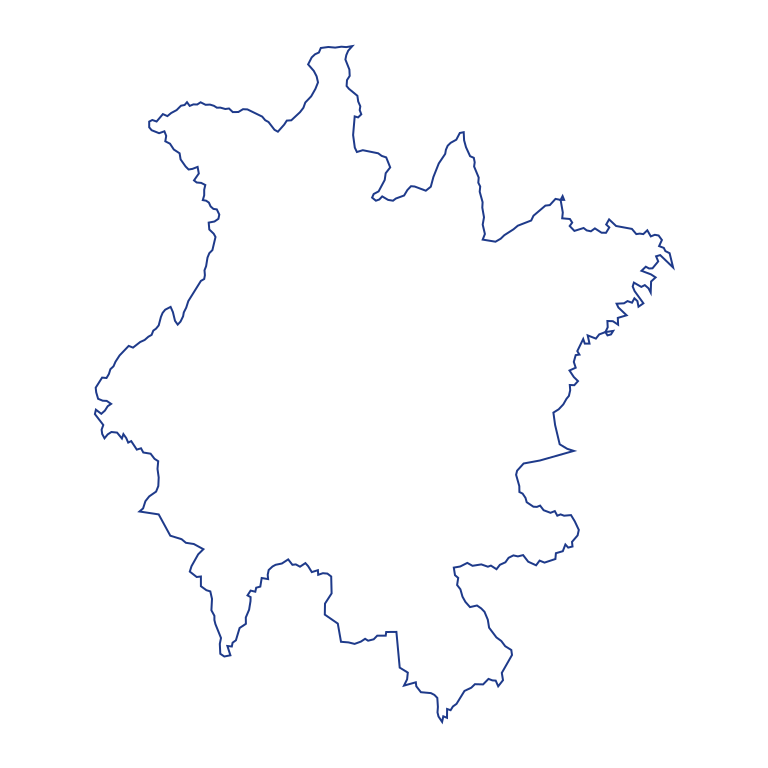 Palmeira das Missões, Rio Grande do Sul, Brazil
{"feature_id": "56859067B60878919931916", "entity_name": "Palmeira das Missões", "entity_type": "district", "adm_level": 2, "iso_a3": "BRA", "parent_name": "Brazil", "parent_adm1": "Rio Grande do Sul", "projection": "natural_earth1", "projection_center": [-53.372, -27.944], "detail": "fine", "context": "isolated", "style": "outline", "palette": "blue", "viewbox_px": 768, "rotation_deg": 0, "n_neighbors": 0, "source": "geoboundaries", "source_scale": "gbopen_adm2", "svg_char_len": 6099}
<svg xmlns="http://www.w3.org/2000/svg" viewBox="0 0 768 768"><path d="M352.3,46.1L346.3,47.1L341.4,46.7L335.2,47.6L328.3,47.0L320.8,48.0L318.9,52.5L315.0,54.3L311.7,57.4L308.1,64.4L313.8,70.9L316.6,76.3L318.0,82.4L315.4,88.9L311.2,96.3L305.3,102.5L303.4,107.8L300.0,112.2L291.3,120.3L286.8,120.6L284.2,124.6L277.9,131.7L274.5,129.8L268.5,122.0L265.2,120.2L262.2,116.6L247.4,109.4L243.0,109.2L238.4,112.0L232.8,112.1L229.0,108.5L225.3,109.0L220.3,107.6L216.9,107.7L213.9,105.8L210.0,104.6L205.6,104.8L200.6,102.3L197.2,104.5L193.4,104.4L189.7,105.9L187.0,102.2L184.6,105.0L181.0,105.7L176.6,110.1L171.2,113.0L167.4,116.1L162.9,114.1L156.6,121.5L152.3,120.0L149.2,121.6L149.2,127.3L151.6,130.2L159.1,133.2L164.4,131.3L166.2,135.9L165.3,141.3L170.0,143.7L173.8,149.5L179.6,153.3L180.6,159.4L185.6,166.5L188.6,169.5L192.4,168.9L197.6,166.9L198.8,173.5L194.0,180.4L196.7,182.5L201.2,182.9L205.3,185.0L204.2,189.7L204.2,195.3L202.8,200.1L206.1,200.7L208.9,202.6L210.6,206.4L213.4,208.9L216.8,209.4L219.3,214.6L218.4,218.8L214.5,221.5L208.7,222.6L209.3,229.5L213.7,233.7L215.5,237.0L212.4,250.1L209.3,253.2L207.5,257.6L206.1,266.2L204.5,270.3L204.9,275.2L204.2,279.0L200.9,280.9L188.3,301.1L186.2,307.7L183.8,312.4L183.1,316.3L180.5,321.6L177.7,324.6L175.0,320.8L172.9,312.1L170.6,306.9L165.2,309.7L162.6,312.9L160.9,317.0L158.7,325.4L156.0,328.7L153.3,330.6L151.6,334.9L148.4,336.7L144.6,340.0L140.2,342.0L133.0,347.6L128.7,345.9L119.6,355.4L115.5,361.7L113.5,366.3L110.4,369.2L108.9,374.0L106.5,378.0L102.1,377.6L95.7,387.7L96.2,392.3L98.1,398.8L102.7,400.7L106.7,400.9L111.1,403.9L107.7,406.2L104.9,410.6L101.3,413.8L95.9,409.7L94.9,414.1L103.3,425.0L101.6,429.7L102.2,434.0L104.5,438.3L107.7,434.4L111.4,432.0L117.1,432.6L121.9,438.5L123.4,434.1L126.2,438.0L128.2,442.6L131.2,441.1L136.8,449.6L141.0,448.3L143.3,452.5L150.6,453.7L154.5,458.8L158.2,461.2L157.5,468.9L158.7,477.5L158.3,486.1L156.1,491.6L149.2,496.4L145.4,501.2L143.1,508.4L139.5,511.5L158.7,514.4L170.3,535.7L181.6,539.2L185.9,542.8L193.8,544.0L203.4,549.2L198.2,554.3L191.5,566.2L189.8,571.6L196.7,577.0L200.9,576.5L200.9,586.2L206.4,590.2L210.3,591.4L212.0,598.9L211.4,610.3L214.4,615.8L214.4,620.0L215.4,624.1L221.0,638.0L219.8,643.9L220.3,653.8L224.3,656.5L230.4,655.3L227.4,646.0L231.8,646.5L232.6,642.7L235.9,640.3L239.6,628.0L245.9,623.8L245.8,617.5L249.1,609.7L250.5,601.1L250.6,597.1L247.5,595.4L250.6,590.6L255.3,591.7L256.2,587.7L260.3,586.6L261.7,578.0L268.1,579.1L267.7,574.8L268.7,570.0L272.5,566.5L275.6,564.8L281.9,563.5L288.2,559.4L292.4,564.8L295.8,564.4L300.0,566.7L305.4,563.1L308.1,566.1L311.8,572.1L317.9,570.2L318.2,574.8L322.9,573.2L327.4,573.6L331.2,576.5L331.6,593.4L325.0,603.6L324.8,614.6L337.8,623.6L341.0,641.8L348.5,642.4L354.6,643.9L360.9,641.6L365.1,638.8L368.1,640.7L373.7,639.3L377.2,635.7L385.7,635.7L386.2,632.0L396.4,631.9L399.7,667.6L407.8,672.6L407.1,679.3L404.0,685.6L415.8,682.3L416.3,686.3L420.9,692.2L430.9,693.1L434.4,694.9L437.3,697.9L437.9,706.9L437.5,712.4L438.5,716.5L442.1,721.9L443.3,716.3L447.0,717.8L447.1,709.0L450.6,710.2L452.9,706.5L456.5,703.9L464.5,690.9L471.3,687.7L474.9,684.2L483.1,684.4L488.5,678.9L492.4,680.4L495.7,680.6L498.2,686.3L503.0,680.2L501.8,672.9L512.0,655.0L511.3,650.0L505.2,646.2L501.3,641.0L496.4,637.4L489.1,627.7L487.8,619.7L484.5,611.8L481.2,608.4L477.0,605.5L470.0,607.1L465.4,601.9L462.5,596.7L460.4,589.3L457.1,585.0L458.2,577.9L455.0,575.2L453.8,567.6L460.2,566.5L467.3,562.9L472.5,565.8L481.3,564.4L487.9,566.7L490.9,565.6L496.5,569.2L499.9,564.8L505.4,562.3L508.6,557.8L513.4,555.4L517.9,556.4L523.1,555.1L528.2,561.7L536.1,565.3L539.6,560.6L544.5,562.6L555.4,559.0L555.9,553.2L562.8,551.2L565.4,544.5L568.2,547.6L572.5,546.5L572.0,541.9L577.6,535.4L578.8,529.9L574.8,521.4L571.0,515.1L564.1,515.7L560.6,514.4L557.3,515.7L554.8,511.1L550.5,512.8L543.6,510.2L540.1,505.6L536.9,506.9L533.4,506.7L526.7,502.2L525.5,497.9L522.6,493.6L519.4,492.0L519.3,486.1L516.1,474.8L517.1,470.7L523.6,463.5L539.9,460.5L573.8,450.9L567.2,448.8L559.7,444.3L555.1,425.0L553.4,412.6L558.7,409.3L563.3,404.4L566.5,398.8L568.9,395.9L570.2,390.2L569.8,385.0L574.3,385.2L578.0,381.1L573.8,377.0L569.5,370.5L575.7,367.7L573.8,361.9L575.7,355.1L579.4,354.6L577.3,351.1L583.2,339.0L584.8,343.6L589.5,343.6L587.7,335.4L595.9,338.6L599.2,334.4L605.4,332.1L607.7,327.3L607.4,321.0L612.9,321.2L618.1,324.7L617.8,317.9L626.6,315.3L618.4,307.5L616.6,303.7L624.0,303.3L627.5,301.1L632.0,302.7L634.4,298.3L637.4,301.1L638.5,306.7L643.4,303.3L634.6,291.1L632.7,286.5L633.9,282.6L641.3,286.9L644.8,285.1L648.5,288.3L650.7,292.6L651.1,281.5L655.6,277.4L651.0,274.4L641.5,270.8L645.8,266.7L649.1,268.5L652.5,268.3L658.2,261.4L656.1,256.3L660.2,255.1L673.1,267.5L669.6,253.2L665.4,251.1L663.8,247.9L659.1,246.1L661.9,240.0L658.6,235.5L654.8,234.8L650.8,236.4L647.3,230.3L643.3,234.1L639.8,233.6L636.3,234.1L631.9,228.9L616.1,226.0L609.1,219.4L606.2,224.5L609.3,227.4L606.0,232.8L601.5,232.7L594.9,228.4L590.9,231.3L586.7,230.4L583.6,228.0L574.4,230.9L569.7,226.0L572.2,222.6L569.9,219.0L562.2,218.3L562.8,212.5L560.6,199.9L555.5,198.9L549.8,205.1L545.4,205.6L533.5,215.7L531.2,220.5L517.8,225.7L513.5,229.3L504.3,235.2L500.7,238.7L495.5,241.7L482.7,239.6L484.9,234.0L482.7,224.6L484.0,217.3L482.3,207.6L482.6,202.2L479.7,191.7L480.2,186.5L478.3,182.7L478.7,177.6L474.1,166.5L474.7,162.3L473.8,157.8L470.1,156.2L466.0,147.2L464.1,140.3L463.7,132.2L459.8,133.0L456.3,139.7L450.7,142.8L447.7,145.7L445.9,149.8L445.2,153.9L438.8,163.4L433.4,177.0L430.8,186.7L425.8,190.7L414.6,186.5L411.0,186.2L407.4,190.0L404.1,195.5L395.9,198.5L393.0,200.7L388.1,199.9L382.2,196.4L379.3,199.5L375.9,200.7L372.1,197.6L373.7,194.0L378.6,191.4L384.7,180.0L385.7,173.2L390.2,167.4L386.2,157.4L381.7,155.9L378.2,153.3L362.8,150.2L356.9,152.0L354.8,147.6L353.1,135.0L354.7,116.4L358.1,117.4L361.3,114.3L359.7,110.1L360.3,106.3L358.2,101.5L357.4,95.8L348.9,88.8L346.6,86.0L347.0,80.1L349.7,75.9L349.4,69.6L345.4,59.5L346.3,55.1L348.2,50.7L352.3,46.1ZM605.4,332.1L607.5,335.4L611.0,334.4L613.2,330.9L605.4,332.1ZM560.6,199.9L564.1,199.9L562.6,196.1L560.6,199.9Z" fill="none" stroke="#1e3a8a" stroke-width="2"/></svg>